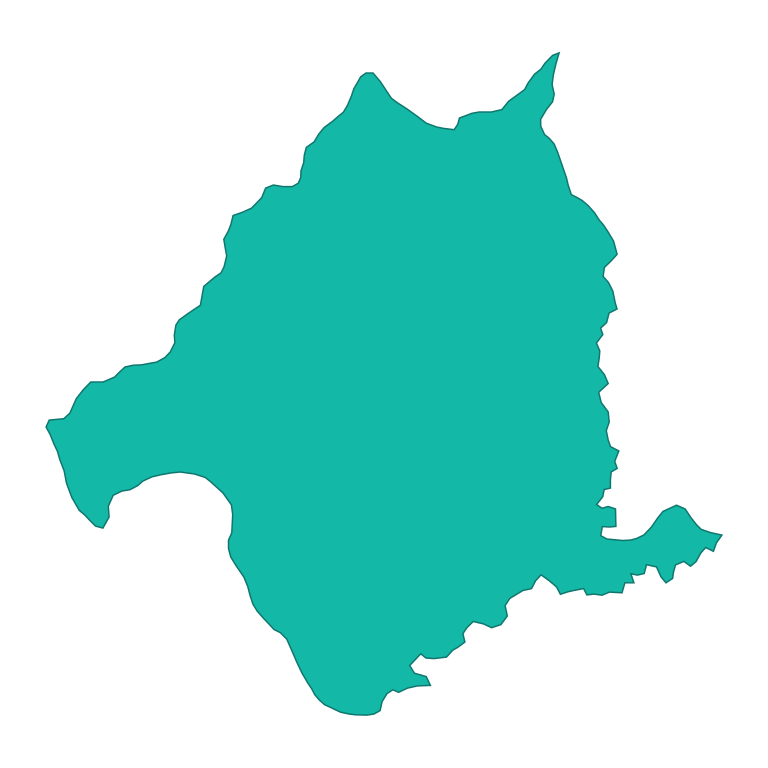 Borborema, São Paulo, Brazil
{"feature_id": "56859067B94148690757902", "entity_name": "Borborema", "entity_type": "district", "adm_level": 2, "iso_a3": "BRA", "parent_name": "Brazil", "parent_adm1": "São Paulo", "projection": "orthographic", "projection_center": [-49.058, -21.606], "detail": "fine", "context": "isolated", "style": "filled", "palette": "teal", "viewbox_px": 768, "rotation_deg": 0, "n_neighbors": 0, "source": "geoboundaries", "source_scale": "gbopen_adm2", "svg_char_len": 3525}
<svg xmlns="http://www.w3.org/2000/svg" viewBox="0 0 768 768"><path d="M721.9,535.1L710.6,532.6L701.2,529.4L696.3,524.5L690.9,517.6L685.2,509.0L676.5,505.2L663.0,511.4L657.7,518.0L651.4,527.1L643.9,535.0L636.5,538.5L630.4,540.1L622.7,540.5L606.9,539.0L600.8,535.7L602.3,526.6L609.7,527.0L615.9,526.4L615.5,508.9L608.1,506.5L602.1,508.3L596.6,504.5L602.7,496.8L604.2,489.5L610.4,488.1L610.4,479.9L611.2,471.9L617.2,468.4L614.7,461.4L618.8,451.0L610.5,446.6L608.2,440.1L606.3,430.6L609.2,422.0L608.2,412.0L601.2,402.5L598.7,392.3L608.2,383.5L604.4,374.6L597.9,366.5L599.2,358.2L599.8,351.0L596.4,343.0L602.8,334.6L600.6,328.1L606.6,322.6L609.0,313.1L617.0,309.0L615.2,302.8L612.8,291.0L608.4,282.4L603.1,276.4L604.4,267.4L611.5,260.5L617.1,254.3L613.6,241.2L607.8,231.5L603.3,224.8L599.2,220.0L594.5,212.7L588.3,205.8L582.2,200.5L576.8,197.4L571.3,194.6L568.1,184.9L566.5,178.0L563.5,169.3L560.3,160.0L557.8,152.7L554.2,144.1L549.4,138.5L544.6,134.6L540.8,126.4L540.6,119.4L546.4,109.6L552.6,101.7L554.2,94.1L552.1,84.5L553.3,75.1L555.9,64.0L559.1,52.9L552.6,55.4L544.9,63.3L541.0,69.1L534.6,74.1L528.1,83.0L524.6,89.6L517.4,94.9L508.8,101.1L501.9,109.6L491.4,112.0L479.2,112.0L472.0,113.3L459.5,118.0L457.8,124.2L454.2,129.7L443.6,128.4L436.5,127.0L426.3,123.2L417.1,116.2L406.6,108.7L397.3,102.7L391.4,98.3L385.6,89.6L380.4,81.7L373.0,73.0L366.0,73.0L360.7,76.8L357.6,82.3L353.9,88.6L351.4,96.1L347.5,105.3L343.4,112.2L338.2,116.4L332.7,121.2L324.3,127.4L318.9,133.9L314.1,141.9L306.3,147.4L304.3,155.1L303.7,162.7L301.0,170.8L300.8,177.3L298.3,183.2L292.4,186.6L282.8,186.6L273.4,185.0L265.6,188.1L261.7,197.7L251.6,208.1L242.4,212.3L233.1,215.5L230.9,224.4L228.3,231.1L223.8,239.3L225.3,248.3L226.7,255.9L224.1,266.7L221.0,272.9L214.8,277.1L203.8,286.4L202.3,294.5L200.4,305.2L188.5,313.2L179.3,319.8L175.9,325.1L174.3,335.3L174.9,342.6L170.3,351.9L164.9,357.6L156.6,362.1L148.2,363.6L141.3,364.9L133.3,365.2L125.0,367.0L119.8,371.8L114.6,377.1L103.0,382.0L90.8,382.0L83.4,389.6L76.3,398.6L69.9,413.1L63.8,418.7L49.2,420.1L46.1,427.0L50.2,434.6L54.1,444.3L57.4,451.2L59.7,459.3L64.2,471.0L66.5,483.2L71.9,497.6L79.3,510.4L85.1,515.3L89.7,520.3L95.5,526.1L102.9,528.1L109.1,517.0L108.3,506.2L113.2,495.3L121.8,491.1L130.0,489.7L137.9,485.5L142.8,481.1L151.8,476.9L161.1,474.7L171.4,472.9L180.2,472.0L194.6,474.0L205.3,477.5L210.8,481.9L223.0,493.0L231.4,504.9L232.7,514.5L231.8,532.8L228.5,540.1L228.5,548.5L230.8,557.1L236.0,565.5L244.0,577.3L247.8,586.6L250.0,595.2L253.0,604.3L257.2,611.1L263.6,618.4L269.5,624.6L274.0,629.5L280.4,632.7L286.8,639.2L293.8,655.1L296.5,661.5L302.0,673.1L307.8,683.0L311.7,688.8L314.8,694.7L319.1,699.8L324.6,704.7L340.6,712.2L349.5,714.1L355.7,714.8L367.0,715.1L374.0,714.0L380.1,710.6L382.1,701.6L387.0,693.6L392.8,689.8L398.6,692.3L407.5,688.1L417.5,685.9L430.4,685.4L426.2,676.6L414.4,673.2L409.7,665.5L414.2,660.7L420.8,653.8L425.9,658.0L433.9,658.6L446.5,657.1L452.6,650.3L458.4,646.9L464.9,642.0L462.9,633.7L466.8,627.8L473.2,621.5L483.5,623.9L491.6,627.7L500.9,624.6L507.3,616.0L505.1,605.6L509.8,598.4L522.9,590.5L531.5,588.6L535.7,580.6L541.1,574.8L549.2,580.7L556.6,587.0L560.4,594.3L567.9,591.8L574.6,590.3L583.6,588.6L586.9,594.9L593.9,594.1L602.1,595.2L609.5,592.1L622.0,592.8L624.9,582.8L633.9,582.8L630.9,573.8L637.4,575.1L644.2,573.5L646.5,564.7L656.5,566.9L661.0,576.9L666.0,582.8L672.6,578.4L673.5,572.0L675.5,564.9L683.9,561.4L690.5,566.2L696.0,561.7L700.8,553.0L705.7,547.5L713.4,551.3L716.4,542.9L721.9,535.1Z" fill="#14b8a6" stroke="#0f766e" stroke-width="1.5"/></svg>